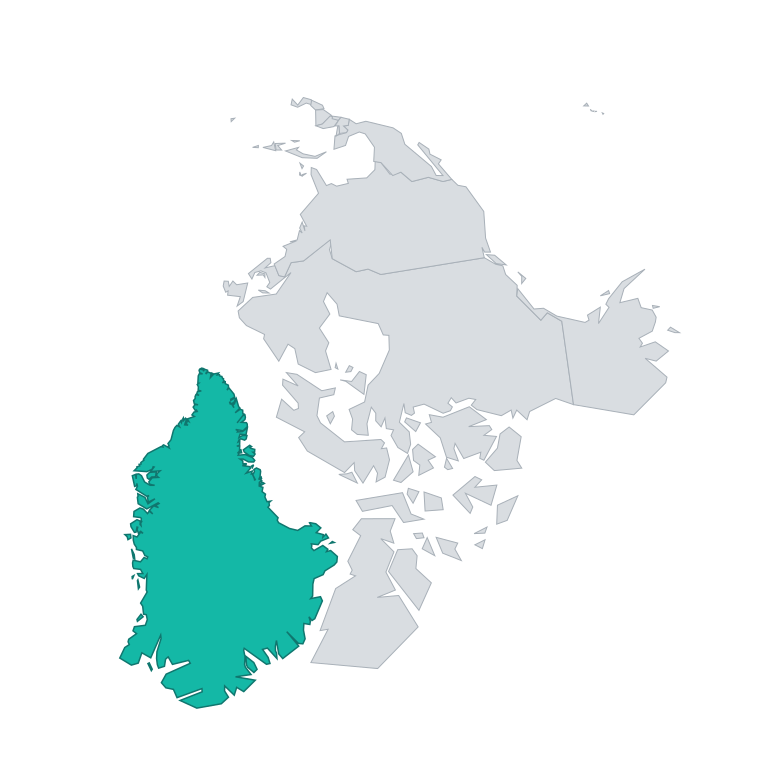 North America, with Greenland highlighted, rotated 172°
{"feature_id": "GRL", "entity_name": "Greenland", "entity_type": "country or territory", "adm_level": 0, "iso_a3": "GRL", "parent_name": "North America", "parent_adm1": "", "projection": "mercator", "projection_center": [-41.68, 71.708], "detail": "fine", "context": "in_parent", "style": "filled", "palette": "teal", "viewbox_px": 768, "rotation_deg": 172, "n_neighbors": 17, "source": "natural_earth", "source_scale": "50m", "svg_char_len": 14396}
<svg xmlns="http://www.w3.org/2000/svg" viewBox="0 0 768 768"><g transform="rotate(172 384 384)"><path d="M267.1,495.1L256.7,487.0L249.9,484.5L248.3,475.5L238.4,463.2L240.3,452.6L219.8,425.3L212.4,431.8L199.2,421.4L199.2,337.2L216.0,345.8L243.6,336.5L247.3,328.7L256.2,339.7L261.1,332.3L261.7,340.5L272.2,336.3L295.5,345.7L300.5,350.9L295.3,355.9L302.0,358.1L315.3,355.2L319.3,361.1L323.4,356.1L319.5,351.8L322.0,348.3L329.5,346.8L347.1,358.5L358.3,357.1L357.9,350.9L361.2,349.1L367.0,352.6L367.0,361.9L374.1,344.0L365.7,333.1L366.0,320.6L370.4,312.0L379.1,319.2L384.2,332.0L380.9,337.3L387.9,339.5L387.8,350.2L392.8,342.0L397.3,348.7L396.2,356.2L399.8,362.8L406.4,347.0L406.7,335.4L417.5,337.8L422.5,343.1L420.0,353.6L422.1,363.7L405.7,368.9L399.9,385.1L387.3,395.1L374.0,416.9L372.4,431.5L377.9,432.7L381.3,444.6L418.8,457.7L419.4,469.6L427.6,482.3L432.5,474.1L427.9,460.8L440.2,448.4L432.9,432.5L437.3,424.9L434.4,405.8L450.3,404.8L466.2,415.7L467.4,431.4L473.5,436.8L485.0,421.2L496.9,445.5L495.4,449.7L512.1,461.0L518.0,469.7L518.3,476.6L502.0,488.0L478.2,488.1L460.6,507.3L483.2,493.8L486.5,496.6L483.0,500.4L485.4,510.5L490.2,513.2L496.4,512.4L500.2,506.3L502.9,512.2L482.0,524.7L479.2,524.3L479.1,519.9L485.6,515.5L475.4,516.4L473.0,506.0L467.6,503.9L459.1,517.1L446.5,517.1L418.2,534.2L415.6,532.7L419.3,524.6L417.8,515.3L396.0,499.1L383.8,500.0L371.9,492.9L267.1,495.1ZM412.4,404.7L415.1,400.9L420.3,401.0L415.8,407.0L412.4,404.7ZM428.1,301.1L424.2,289.6L441.3,300.8L433.3,300.2L428.1,301.1ZM428.6,411.2L427.6,405.2L430.1,407.0L428.6,411.2ZM376.4,271.8L374.4,277.3L364.4,272.5L371.8,261.9L376.4,271.8ZM375.5,231.7L366.8,231.1L365.8,226.2L373.4,226.4L375.5,231.7ZM357.6,206.9L369.1,215.5L362.6,225.9L357.6,206.9ZM427.9,272.6L380.8,273.8L375.3,251.5L363.3,244.6L383.9,244.1L392.9,262.5L423.1,260.9L427.9,272.6ZM304.9,222.3L315.6,223.3L301.9,228.0L304.9,222.3ZM309.5,207.3L316.4,212.1L305.6,215.7L309.5,207.3ZM518.6,481.6L514.1,490.5L526.5,493.7L525.4,497.9L528.0,496.9L529.6,503.4L528.0,508.2L523.9,507.4L523.7,502.2L519.3,507.0L516.1,502.8L504.9,503.0L512.0,485.2L518.6,481.6ZM405.3,376.5L421.5,392.0L426.9,394.2L415.7,391.0L406.6,399.8L400.3,395.7L405.3,376.5ZM424.5,310.3L435.4,301.8L469.3,328.3L476.0,342.8L469.2,347.7L495.2,366.1L487.5,383.2L477.0,370.5L472.1,371.7L471.7,377.0L484.6,397.0L483.4,402.9L469.3,394.0L479.1,408.9L468.9,405.7L446.6,386.0L432.7,386.9L435.2,380.4L449.9,379.1L454.8,362.0L452.3,354.3L431.2,332.2L394.8,329.5L391.7,325.6L395.6,320.3L390.3,320.3L389.1,308.2L395.9,291.6L405.5,288.1L402.8,296.6L405.7,304.5L418.6,288.8L425.1,302.2L424.5,310.3ZM367.4,293.0L380.9,284.1L388.0,287.4L369.7,310.3L367.4,293.0ZM267.0,254.7L281.0,231.8L291.9,229.5L288.5,248.2L267.0,254.7ZM228.9,468.8L233.7,464.3L232.6,471.4L235.9,476.4L228.9,468.8ZM332.0,198.4L349.4,208.3L353.7,224.9L333.1,216.2L336.8,210.7L332.0,198.4ZM264.6,497.9L256.5,496.1L246.4,484.9L256.2,487.7L264.6,497.9ZM259.3,281.5L286.8,282.9L294.5,292.5L280.6,304.7L276.0,318.4L266.1,324.0L255.5,312.7L263.0,289.8L259.3,281.5ZM316.7,243.9L331.2,264.4L306.8,279.7L300.6,275.5L308.4,269.1L286.3,268.2L294.9,249.0L318.6,264.5L313.2,249.8L316.7,243.9ZM321.1,297.5L332.3,302.8L335.8,322.9L348.4,338.6L342.3,339.4L343.4,347.3L330.2,342.9L302.7,349.6L287.6,334.5L306.1,330.0L285.5,328.1L283.6,323.9L292.2,319.3L279.9,316.4L295.7,294.6L299.5,297.1L297.6,303.0L315.4,299.1L321.9,315.3L323.8,310.3L321.1,297.5ZM350.9,302.4L346.7,294.0L362.3,288.7L359.8,298.8L365.4,304.2L364.8,315.2L358.6,319.7L343.2,304.8L350.9,302.4ZM327.8,290.8L332.8,290.3L335.7,293.2L332.4,301.7L327.8,290.8ZM342.9,251.3L361.0,252.5L359.4,271.5L343.1,263.2L342.9,251.3ZM364.8,180.5L380.9,155.0L405.6,197.7L393.5,218.0L379.1,216.9L375.1,209.3L378.1,196.8L364.8,180.5ZM384.0,138.7L429.9,103.1L495.2,118.3L473.5,148.9L481.6,148.7L460.3,188.2L438.9,198.0L444.0,200.5L441.4,204.1L444.5,213.5L428.2,237.0L435.2,244.1L425.2,253.7L391.8,249.1L398.3,237.5L396.4,225.0L408.7,231.3L397.5,216.4L408.3,197.5L401.4,178.4L420.4,173.6L398.9,172.5L384.0,138.7ZM445.2,360.4L438.6,363.8L437.6,359.0L442.7,352.1L445.2,360.4ZM359.2,332.5L368.8,343.6L366.5,347.3L353.3,340.5L359.2,332.5ZM485.2,490.1L491.4,491.1L495.4,494.5L488.7,492.9L485.2,490.1ZM487.1,506.1L488.4,508.8L494.6,509.4L491.4,511.9L486.6,509.6L487.1,506.1Z" fill="#d9dde1" stroke="#a8b0b8" stroke-width="1"/><path d="M267.1,495.1L371.9,492.9L383.8,500.0L396.0,499.1L417.8,515.3L417.2,534.2L446.5,517.1L459.1,517.1L467.6,503.9L473.0,506.0L476.1,518.1L464.3,524.0L461.6,530.9L464.8,534.4L450.8,537.9L457.4,537.9L449.9,538.8L446.4,547.6L444.0,544.9L445.8,550.2L442.5,555.8L441.0,546.6L441.0,551.7L438.6,551.0L443.3,563.6L422.3,582.0L427.1,601.5L425.9,608.5L420.9,605.8L413.4,588.5L408.2,589.8L403.4,586.5L391.4,587.6L392.1,591.9L372.4,590.5L363.2,597.5L361.7,605.9L356.2,603.7L348.9,590.9L337.8,591.4L328.2,580.6L311.3,582.5L297.4,576.3L288.4,577.2L283.2,570.5L275.4,567.9L261.2,541.0L263.1,514.3L260.2,499.8L266.0,500.6L268.0,505.8L267.1,495.1ZM199.2,337.2L199.2,421.4L212.4,431.8L219.8,425.3L240.3,452.6L238.3,459.9L225.0,437.4L215.5,436.8L203.4,427.2L176.3,417.0L172.1,418.7L172.9,423.9L159.1,430.0L163.2,414.0L150.5,428.6L153.2,432.1L149.7,437.2L133.9,452.1L109.6,461.4L133.0,445.1L139.1,431.7L120.7,433.5L118.7,423.8L108.1,419.9L105.2,412.3L106.6,407.7L111.0,399.0L125.2,393.8L122.4,388.4L125.2,385.0L109.5,388.0L97.7,377.1L111.3,368.8L121.8,373.1L102.8,351.4L104.9,346.0L140.9,318.7L199.2,337.2ZM84.2,393.7L88.8,394.4L95.6,397.8L92.4,400.4L84.2,393.7ZM142.8,630.8L147.5,631.6L144.2,633.9L142.8,630.8ZM140.8,625.6L141.5,627.3L140.4,625.9L140.8,625.6ZM138.4,624.7L140.1,625.3L138.1,625.2L138.4,624.7ZM135.1,624.4L136.9,624.3L136.7,624.6L135.1,624.4ZM129.6,620.6L130.1,622.1L128.8,621.3L129.6,620.6ZM100.2,422.2L106.9,421.5L107.2,424.4L100.2,422.2ZM148.0,442.1L157.5,441.2L148.6,445.3L148.0,442.1Z" fill="#d9dde1" stroke="#a8b0b8" stroke-width="1"/><path d="M458.3,630.7L458.3,637.3L448.0,636.2L456.0,634.9L452.8,629.9L458.3,630.7Z" fill="#d9dde1" stroke="#a8b0b8" stroke-width="1"/><path d="M459.5,639.1L458.8,630.1L471.0,635.1L462.2,635.8L459.5,639.1Z" fill="#d9dde1" stroke="#a8b0b8" stroke-width="1"/><path d="M431.4,603.5L435.3,601.7L435.5,602.8L431.4,603.5ZM435.6,600.9L438.5,602.7L437.9,605.7L437.3,603.0L435.6,600.9ZM433.3,611.1L435.2,608.7L436.5,614.4L433.3,611.1Z" fill="#d9dde1" stroke="#a8b0b8" stroke-width="1"/><path d="M288.4,577.2L297.4,576.3L311.3,582.5L328.2,580.6L337.8,591.4L346.3,589.2L356.2,603.7L363.2,605.8L360.5,619.8L367.8,634.3L373.4,637.0L384.6,634.1L388.9,625.6L400.9,623.4L398.0,636.5L386.2,638.2L384.5,640.5L388.2,645.1L383.4,645.1L381.6,651.0L375.4,645.6L365.4,646.7L339.4,636.4L332.0,629.8L330.0,618.5L306.8,592.8L303.3,583.2L296.6,582.2L317.3,616.1L315.6,618.3L306.9,610.4L306.5,605.2L296.2,598.0L299.5,594.4L288.4,577.2Z" fill="#d9dde1" stroke="#a8b0b8" stroke-width="1"/><path d="M437.2,673.4L435.2,678.9L430.6,672.2L424.0,678.9L416.6,675.7L416.3,670.4L421.9,673.0L431.0,670.1L437.2,673.4Z" fill="#d9dde1" stroke="#a8b0b8" stroke-width="1"/><path d="M417.8,670.0L416.2,675.1L406.1,668.6L405.1,665.0L413.6,664.8L417.8,670.0Z" fill="#d9dde1" stroke="#a8b0b8" stroke-width="1"/><path d="M413.6,664.8L405.9,664.2L398.6,657.3L408.9,650.0L415.5,649.2L413.6,664.8Z" fill="#d9dde1" stroke="#a8b0b8" stroke-width="1"/><path d="M415.5,649.2L408.9,650.0L399.9,657.0L392.3,651.4L397.8,645.9L408.7,645.4L415.5,649.2Z" fill="#d9dde1" stroke="#a8b0b8" stroke-width="1"/><path d="M392.3,651.4L398.4,653.9L397.7,656.4L389.5,654.1L392.3,651.4Z" fill="#d9dde1" stroke="#a8b0b8" stroke-width="1"/><path d="M381.6,651.0L383.4,645.1L388.2,645.1L384.5,640.5L386.2,638.2L393.1,638.3L392.8,645.8L396.5,646.4L392.3,651.4L389.5,654.1L381.6,651.0Z" fill="#d9dde1" stroke="#a8b0b8" stroke-width="1"/><path d="M393.1,638.3L397.0,636.1L393.9,645.8L392.8,645.8L393.1,638.3Z" fill="#d9dde1" stroke="#a8b0b8" stroke-width="1"/><path d="M475.6,635.5L481.2,636.6L475.2,637.7L475.6,635.5Z" fill="#d9dde1" stroke="#a8b0b8" stroke-width="1"/><path d="M433.5,636.6L438.9,635.9L441.5,638.0L433.5,636.6Z" fill="#d9dde1" stroke="#a8b0b8" stroke-width="1"/><path d="M418.8,616.8L433.5,619.5L449.1,628.5L435.7,630.2L438.2,628.0L432.1,623.2L420.6,619.0L408.7,622.0L418.8,616.8Z" fill="#d9dde1" stroke="#a8b0b8" stroke-width="1"/><path d="M494.8,668.0L498.8,665.1L498.6,668.0L494.8,668.0Z" fill="#d9dde1" stroke="#a8b0b8" stroke-width="1"/><path d="M614.5,89.1L630.0,99.0L606.9,104.5L606.7,107.7L632.6,102.2L635.0,110.9L642.3,113.5L646.0,119.2L640.1,127.0L614.7,134.4L616.0,137.5L632.5,135.8L635.7,143.8L638.6,141.9L640.7,135.0L646.7,134.0L647.5,137.6L647.4,143.9L646.1,150.5L640.2,162.9L640.1,166.4L653.1,145.3L661.2,151.5L666.2,141.8L673.3,140.8L683.8,149.4L677.4,159.1L672.5,161.4L673.3,164.3L672.3,166.8L663.8,171.2L666.9,174.5L664.9,178.4L653.9,178.3L651.2,183.6L651.5,188.7L654.1,189.5L653.9,197.5L655.5,200.9L647.5,211.0L648.1,213.0L645.3,228.4L648.5,224.8L653.6,228.2L654.4,230.5L649.2,229.9L650.9,234.3L657.5,236.1L658.1,238.3L657.9,241.8L656.9,244.4L649.9,241.8L645.7,245.6L643.0,243.9L642.0,245.7L644.7,247.5L646.2,252.3L652.2,254.6L651.9,256.6L653.6,260.2L654.0,264.2L653.5,268.8L649.9,266.9L645.6,271.1L643.4,269.7L645.4,272.0L648.0,270.4L648.7,274.2L647.8,276.4L648.5,276.7L650.2,271.8L651.8,271.8L654.4,277.9L654.4,280.8L647.5,284.0L644.4,282.1L645.1,278.8L644.3,277.6L644.3,280.1L643.0,281.5L643.5,282.7L643.0,284.6L643.7,285.6L650.4,287.5L649.3,292.6L642.9,295.2L639.6,293.5L636.2,288.6L634.2,290.8L631.1,287.5L633.9,291.6L629.0,295.4L624.5,293.0L627.3,295.4L623.4,296.9L624.2,297.8L636.3,293.3L644.1,299.7L644.0,306.2L643.2,306.9L643.1,309.6L636.5,305.0L634.4,298.2L626.8,302.2L633.7,299.9L634.1,304.9L632.3,306.3L634.6,305.9L644.4,314.1L642.4,317.0L642.4,318.4L642.7,320.0L643.1,317.8L645.2,317.3L646.0,328.2L642.8,329.0L642.6,324.5L641.7,329.2L639.3,329.1L636.9,326.9L634.7,320.3L629.7,316.2L625.2,315.6L629.9,317.3L630.5,319.8L626.6,323.4L620.3,322.9L621.9,324.7L621.3,326.8L617.8,329.2L627.4,329.7L623.2,333.8L624.1,334.2L625.4,331.9L631.0,330.2L643.5,332.9L640.2,335.4L640.3,336.3L637.3,336.9L637.7,338.5L635.7,338.6L635.7,340.1L632.3,342.0L632.7,343.0L627.5,348.1L613.6,353.0L611.6,352.4L612.0,353.8L610.7,354.4L605.6,350.6L606.2,352.4L605.5,352.8L606.2,355.1L602.7,358.4L599.0,367.3L597.0,370.1L594.9,371.8L592.4,370.0L593.3,372.8L590.5,375.7L589.9,374.1L589.4,376.0L587.9,375.3L585.3,377.8L584.4,376.8L587.1,371.3L583.8,370.5L585.3,371.7L583.9,375.0L582.5,374.0L583.6,376.8L576.3,378.2L578.5,380.1L576.0,382.7L572.8,382.8L573.3,384.3L574.5,383.9L576.2,387.7L574.0,389.9L571.0,389.3L574.6,390.7L574.9,394.2L573.0,395.9L572.8,397.9L571.7,399.7L568.8,398.5L570.8,400.4L569.8,402.4L565.9,402.5L568.9,403.7L568.2,407.1L569.0,409.5L567.2,410.6L568.2,410.8L566.8,417.9L565.5,419.8L562.2,419.3L564.9,420.8L565.2,423.3L564.5,424.3L562.1,423.6L563.2,424.8L562.3,425.1L560.4,424.3L561.1,421.7L559.7,423.6L556.8,422.2L556.8,420.9L558.3,420.3L559.1,418.7L556.8,420.4L554.3,419.1L553.9,417.9L555.0,414.5L551.2,417.6L546.3,417.9L547.9,416.2L545.6,416.1L545.4,414.7L543.5,414.0L543.1,412.1L542.2,411.6L542.5,410.8L541.8,409.2L543.9,407.7L540.9,408.3L541.2,406.5L538.3,404.5L538.4,402.5L540.3,399.8L538.1,401.7L534.0,394.9L533.7,391.8L538.5,390.0L537.7,390.0L537.9,389.1L533.7,391.0L533.1,390.1L534.9,387.0L537.0,386.0L538.2,385.9L539.5,388.0L539.1,385.7L537.6,385.2L535.9,381.4L536.8,384.9L535.0,386.4L535.3,385.0L534.8,385.3L532.3,390.0L531.1,381.8L530.0,380.2L535.4,376.2L530.0,379.0L527.6,377.8L527.9,374.3L526.8,373.7L534.9,365.9L528.2,372.3L526.0,372.7L525.9,370.3L526.7,368.1L530.6,365.9L525.7,364.9L525.0,363.4L525.3,360.7L530.1,357.3L537.2,359.6L535.1,358.0L535.9,356.9L530.7,356.6L525.5,359.4L527.7,352.9L533.5,354.4L535.1,351.1L531.3,352.7L526.9,352.0L528.1,348.8L529.8,347.8L533.4,349.6L535.3,348.9L536.5,346.9L534.8,347.5L535.5,343.4L538.4,343.0L535.5,342.6L536.5,337.7L538.2,336.3L537.6,334.8L538.3,333.8L531.1,333.4L524.5,329.4L522.6,326.3L523.9,324.9L529.0,325.7L533.8,329.2L537.0,329.7L534.6,327.5L534.8,324.6L532.9,322.7L535.7,322.9L528.3,320.8L527.9,319.2L532.9,314.9L526.6,316.1L527.8,313.4L527.0,313.6L525.3,307.5L525.9,306.6L524.8,307.2L526.6,312.4L524.5,315.2L524.7,317.5L522.0,318.6L518.6,316.4L518.3,314.8L519.6,309.7L521.4,306.7L518.6,308.9L518.4,307.4L519.7,306.7L518.6,305.5L521.1,304.0L521.8,300.3L518.3,298.5L519.7,294.4L516.7,291.4L517.7,288.7L516.2,283.7L512.5,283.8L514.4,282.5L514.4,279.6L516.1,278.2L507.5,266.3L508.7,264.0L507.7,261.3L497.7,254.1L489.8,251.0L482.0,254.5L475.6,253.5L477.1,256.9L476.6,257.0L471.0,255.1L466.6,250.3L471.8,246.2L465.1,243.3L465.9,240.7L462.4,243.4L460.4,239.3L468.5,237.2L471.7,234.1L478.2,235.8L478.0,233.9L478.7,231.7L476.6,228.8L467.1,232.6L462.6,228.2L464.3,226.0L460.0,226.5L454.2,219.7L455.5,214.3L458.5,211.7L468.5,207.2L470.8,203.7L480.3,201.0L482.3,195.7L484.2,183.9L486.5,181.7L476.5,182.2L475.2,177.8L485.2,161.2L488.2,159.8L490.7,163.9L490.0,159.2L490.9,156.2L496.7,158.0L498.0,151.5L497.6,142.6L500.5,138.0L504.8,139.0L514.8,152.3L504.9,136.3L522.5,126.2L525.8,131.4L526.2,145.0L528.1,139.3L528.6,134.8L527.9,132.6L528.2,127.0L536.2,138.7L541.2,138.1L536.8,129.4L535.8,123.1L539.4,122.8L559.2,141.7L560.0,139.9L559.6,133.0L561.1,125.7L560.7,122.8L556.1,114.8L571.8,114.7L552.7,108.6L565.7,98.9L572.1,104.1L575.6,96.7L583.8,107.2L584.6,102.2L581.6,95.5L589.6,90.0L614.5,89.1ZM527.2,331.8L531.9,336.2L532.4,338.4L525.5,342.0L523.9,340.5L525.8,339.9L525.2,339.0L521.1,337.2L521.6,334.6L523.3,334.7L521.4,332.6L523.2,330.6L527.2,331.8ZM631.4,323.8L631.5,326.8L628.5,329.1L621.7,328.7L623.2,323.9L627.0,324.3L630.0,322.4L631.4,323.8ZM558.7,133.6L551.7,126.3L549.4,119.1L553.0,116.4L558.5,122.6L559.2,124.8L558.7,133.6ZM661.4,185.2L656.7,189.8L654.9,187.0L661.2,183.3L661.4,185.2ZM659.2,265.5L659.6,268.5L661.5,270.9L655.9,270.4L656.0,266.8L659.2,265.5ZM657.0,255.9L655.1,249.8L655.2,245.5L656.5,246.4L657.0,255.9ZM520.8,301.3L518.7,304.1L516.3,302.2L520.0,300.7L520.8,301.3ZM656.7,140.0L655.3,140.5L653.2,133.8L654.3,132.5L656.7,140.0ZM535.7,338.9L534.9,338.9L534.5,335.7L537.0,335.7L535.7,338.9ZM655.5,223.7L655.0,224.3L654.3,216.9L655.7,215.4L655.5,223.7ZM459.3,233.8L457.1,235.2L455.4,234.0L459.3,233.8ZM526.7,321.1L524.9,321.9L524.7,321.4L526.1,319.4L526.7,321.1ZM660.2,228.4L658.4,229.1L660.4,225.7L660.2,228.4ZM553.7,416.6L553.0,418.8L551.5,417.8L553.7,416.6ZM533.3,324.5L531.6,324.3L531.5,324.0L532.1,323.1L533.3,324.5ZM588.3,377.2L587.4,378.4L587.3,376.9L588.3,377.2Z" fill="#14b8a6" stroke="#0f766e" stroke-width="1.5"/></g></svg>